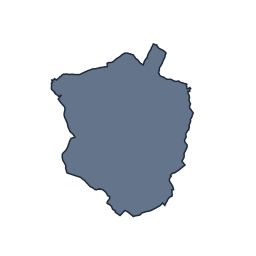 Tritenii De Jos, Cluj, Romania (Robinson projection), rotated 233°
{"feature_id": "2599482B80475446789021", "entity_name": "Tritenii De Jos", "entity_type": "district", "adm_level": 2, "iso_a3": "ROU", "parent_name": "Romania", "parent_adm1": "Cluj", "projection": "robinson", "projection_center": [24.012, 46.587], "detail": "fine", "context": "isolated", "style": "filled", "palette": "slate", "viewbox_px": 256, "rotation_deg": 233, "n_neighbors": 0, "source": "geoboundaries", "source_scale": "gbopen_adm2", "svg_char_len": 5673}
<svg xmlns="http://www.w3.org/2000/svg" viewBox="0 0 256 256"><g transform="rotate(233 128 128)"><path d="M177.1,200.9L177.7,200.3L178.2,199.9L179.9,198.8L179.2,197.7L177.8,194.7L177.3,194.1L176.8,193.1L176.3,191.5L174.5,188.0L173.8,187.0L173.1,186.2L172.8,185.6L172.6,185.2L172.8,185.2L172.4,184.1L172.3,183.7L172.1,183.0L171.9,182.3L171.5,181.4L171.0,180.6L169.2,178.2L171.3,177.3L172.6,176.9L173.2,176.8L176.1,176.8L178.7,176.1L179.4,176.0L180.3,176.1L183.3,176.2L187.3,173.3L188.2,172.6L188.6,172.1L189.3,171.0L189.7,170.5L189.8,170.2L189.9,169.9L189.8,169.4L190.1,167.8L190.1,167.3L190.1,166.7L190.0,166.4L189.9,163.8L190.0,162.9L190.3,160.8L190.2,159.2L190.0,158.2L190.0,155.4L190.1,155.0L190.2,154.6L190.5,153.9L191.9,151.9L192.1,151.4L192.2,150.1L190.6,149.2L189.5,148.3L190.1,147.3L191.0,145.8L192.2,143.4L192.9,142.4L193.3,141.6L193.6,140.4L194.2,139.3L194.8,137.9L196.7,134.7L196.8,134.5L196.8,133.7L197.8,130.9L198.4,128.3L199.2,124.9L199.5,122.8L199.9,121.3L201.1,119.8L202.4,118.0L202.8,117.5L203.7,116.7L204.3,116.1L205.5,114.3L206.4,113.0L207.4,112.1L208.0,111.4L208.4,111.1L208.7,110.3L209.4,109.5L209.9,108.7L210.0,107.4L209.6,105.7L209.6,105.2L209.9,104.8L209.8,104.4L209.8,104.2L209.6,103.1L209.5,102.3L209.5,101.4L209.5,100.9L209.4,99.7L211.5,99.1L211.5,98.9L211.3,98.5L211.2,98.4L211.7,97.4L211.3,97.1L211.1,96.7L211.3,96.4L212.0,95.9L211.5,95.7L211.0,95.6L210.6,95.7L210.2,95.7L210.1,94.6L210.0,94.2L209.8,94.3L209.7,94.3L209.6,94.1L209.4,93.6L209.2,93.4L207.5,92.2L206.0,90.8L205.4,90.4L204.6,90.3L203.7,90.4L200.9,90.9L200.4,91.0L200.3,90.6L200.1,90.5L199.9,90.5L199.3,90.7L198.6,90.7L198.3,90.7L197.5,91.2L195.0,91.6L194.5,93.1L194.5,93.5L194.6,94.2L194.5,94.8L194.4,94.5L194.3,94.1L194.0,93.4L193.5,91.6L193.4,91.0L193.3,90.2L193.0,89.6L191.9,89.7L188.7,89.6L183.7,90.0L182.8,89.9L181.9,89.6L181.3,89.2L180.8,88.9L178.2,85.9L177.4,85.2L177.0,84.9L176.3,84.5L174.8,83.9L173.1,83.5L168.9,82.5L168.1,82.3L167.4,81.9L167.1,81.7L164.5,80.6L160.5,79.7L160.5,79.8L158.6,79.8L156.7,80.3L155.1,80.3L154.2,80.4L152.5,80.0L153.1,78.7L153.9,76.4L153.7,76.0L153.6,75.5L153.6,75.3L152.1,72.7L151.6,72.0L151.2,71.6L150.9,70.9L149.6,69.2L148.5,67.2L147.5,64.7L147.1,61.4L146.9,60.6L146.6,59.9L146.2,59.4L145.8,59.1L144.4,58.0L141.9,56.7L141.0,56.5L136.2,55.9L135.1,55.4L134.2,54.6L133.4,54.0L131.0,53.0L129.4,52.4L128.8,52.3L128.7,52.3L126.7,53.8L121.6,57.3L117.3,60.3L117.0,60.5L116.3,60.7L115.4,60.8L111.3,61.9L109.4,61.9L107.6,62.2L105.1,62.4L104.1,62.5L102.0,63.5L101.5,63.8L99.7,64.4L99.0,64.6L98.5,64.8L98.2,65.0L97.7,65.5L97.5,66.1L97.4,66.7L97.2,67.0L96.4,68.2L96.2,68.3L96.5,68.7L95.2,69.6L94.8,70.1L94.4,70.3L93.2,70.9L89.7,71.7L89.1,71.6L87.2,71.2L86.2,71.1L85.5,71.3L85.2,71.5L84.7,72.1L84.3,72.0L83.2,71.3L82.9,71.0L82.5,70.3L82.3,69.8L82.1,68.8L81.7,67.6L81.5,67.2L80.9,66.3L80.6,66.0L80.4,66.0L79.3,66.4L78.2,67.0L76.4,67.5L75.8,67.6L75.3,67.6L74.6,67.4L72.6,66.9L72.2,66.9L71.8,66.9L71.2,67.2L70.7,67.6L69.6,67.8L69.4,67.9L69.2,67.9L69.0,67.5L68.8,67.3L68.5,67.3L68.0,67.3L67.4,67.5L65.6,68.1L64.8,68.3L62.9,69.0L63.0,69.9L64.0,75.8L63.6,75.9L63.5,76.1L63.2,76.3L62.4,76.8L61.1,77.3L60.4,77.5L56.7,78.5L55.9,78.6L55.6,78.8L54.5,78.8L53.9,79.2L54.0,79.5L53.9,80.0L51.9,83.9L51.4,85.2L51.4,85.5L51.4,86.0L51.7,87.5L51.7,88.2L51.7,88.7L51.1,89.6L50.7,91.2L50.2,92.3L49.7,93.2L49.3,94.1L48.4,96.3L48.2,97.1L47.2,103.2L46.8,106.0L46.8,106.9L47.0,109.9L47.2,110.6L44.0,110.8L45.5,113.5L46.0,114.9L46.7,116.3L47.4,118.0L47.6,119.3L47.6,119.8L47.5,120.5L47.1,122.1L47.6,122.4L47.7,122.8L52.2,125.8L51.5,126.7L51.4,127.3L54.0,128.4L55.1,128.7L60.1,129.1L60.6,129.2L61.8,130.0L62.6,130.8L63.2,132.0L63.4,133.2L63.6,133.6L64.6,133.4L64.7,133.6L65.0,134.7L65.0,135.0L65.1,135.6L64.9,136.3L65.0,137.1L64.9,137.3L64.6,137.3L64.2,138.0L64.1,138.8L63.8,143.0L63.8,143.6L63.8,144.5L63.9,145.2L64.1,151.2L68.1,151.1L69.1,151.2L69.2,151.6L69.6,152.4L69.8,152.9L70.5,154.4L70.8,154.9L71.2,155.5L74.0,157.5L76.2,162.0L76.8,163.0L77.3,163.7L77.6,164.1L78.3,164.7L78.5,164.8L78.9,165.0L80.6,165.0L82.3,165.0L83.2,165.2L83.5,165.3L83.8,165.5L84.5,166.4L84.8,166.9L85.8,168.9L86.0,169.2L86.2,169.3L87.1,169.7L88.2,170.3L88.4,170.5L88.8,171.0L89.1,171.9L90.0,173.9L90.1,174.4L90.2,174.8L90.2,175.0L89.9,175.2L89.9,175.3L90.6,175.9L91.3,176.8L92.2,177.9L92.5,178.0L93.2,178.1L93.4,178.3L94.4,180.1L95.6,181.9L96.1,182.4L97.1,182.8L97.4,183.1L97.5,183.3L97.9,184.7L98.4,185.6L98.7,186.0L99.8,187.5L100.6,189.0L100.8,189.1L101.2,189.3L102.2,189.2L103.7,189.2L104.2,189.4L105.3,189.2L106.2,189.2L106.6,189.3L107.7,189.8L108.2,190.1L108.5,190.4L108.7,190.7L109.1,191.7L109.3,192.0L109.9,192.6L111.1,192.7L112.3,193.0L113.6,193.6L114.1,193.9L114.3,194.1L114.7,194.7L115.4,195.5L115.9,195.8L117.0,196.3L118.2,196.7L119.0,196.7L121.2,197.8L121.0,198.2L120.1,199.3L120.8,199.9L121.8,200.5L121.7,201.7L123.1,201.7L123.1,200.8L123.3,199.8L123.7,198.8L125.7,199.7L126.5,200.2L127.2,200.3L127.6,200.7L127.6,201.0L127.8,200.8L128.5,200.9L129.8,199.6L131.1,198.9L133.2,197.2L134.0,197.0L134.8,196.9L135.2,196.6L135.7,195.4L136.4,194.3L137.4,193.4L138.9,192.5L140.6,191.9L140.9,191.7L141.1,191.5L141.8,190.7L142.5,189.7L143.5,188.5L144.8,187.7L145.2,187.7L146.8,187.2L149.3,185.5L149.8,185.2L150.4,185.1L151.5,185.1L152.3,185.5L152.8,185.7L153.4,185.5L153.9,185.6L154.3,186.3L154.9,187.3L155.4,188.0L156.1,188.3L156.5,188.8L156.9,189.0L157.1,189.3L158.6,193.2L159.0,193.9L159.2,194.5L159.4,194.9L160.6,196.4L161.3,197.9L162.0,199.5L163.1,200.9L163.6,201.4L164.1,202.0L164.2,202.3L164.6,202.9L164.9,203.5L166.6,203.4L168.0,203.0L169.6,202.4L172.5,200.9L173.3,200.6L174.2,200.5L175.4,200.6L176.5,200.6L176.8,200.6L177.1,200.9Z" fill="#64748b" stroke="#1e293b" stroke-width="1.5"/></g></svg>